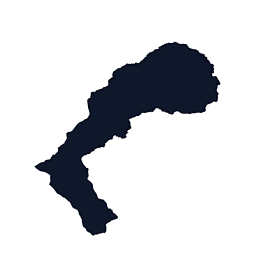 Carepa, Antioquia, Colombia (Mercator projection), rotated 130°
{"feature_id": "7082276B33450375559430", "entity_name": "Carepa", "entity_type": "district", "adm_level": 2, "iso_a3": "COL", "parent_name": "Colombia", "parent_adm1": "Antioquia", "projection": "mercator", "projection_center": [-76.684, 7.798], "detail": "fine", "context": "isolated", "style": "filled", "palette": "ink", "viewbox_px": 256, "rotation_deg": 130, "n_neighbors": 0, "source": "geoboundaries", "source_scale": "gbopen_adm2", "svg_char_len": 5842}
<svg xmlns="http://www.w3.org/2000/svg" viewBox="0 0 256 256"><g transform="rotate(130 128 128)"><path d="M216.9,174.1L217.2,172.3L216.8,168.0L215.9,166.1L215.1,165.0L214.1,162.6L213.4,157.7L213.5,156.6L215.7,155.2L216.4,154.2L218.6,152.4L221.2,151.7L221.5,146.3L223.0,140.0L222.1,137.2L222.1,133.3L221.3,131.3L221.7,126.3L221.2,125.1L223.7,119.5L223.6,118.1L222.5,114.3L223.3,111.9L225.0,109.6L226.1,106.3L226.7,105.7L226.9,104.3L228.8,102.7L231.5,99.1L231.8,98.3L231.4,97.6L231.5,95.7L232.7,93.3L232.6,91.4L231.9,90.1L232.3,87.8L232.3,86.0L230.7,85.6L228.6,83.4L227.6,83.2L225.1,81.1L223.6,80.5L223.1,79.0L221.8,79.0L220.5,79.5L219.8,80.5L219.0,80.8L217.8,82.1L217.0,83.6L216.7,83.7L214.2,83.4L212.2,82.8L211.2,82.0L209.8,82.2L204.4,78.9L203.6,78.8L203.1,79.2L202.8,82.4L203.0,85.4L202.5,86.6L201.8,87.1L202.1,87.8L201.7,89.3L202.0,89.8L203.6,90.0L203.7,90.4L202.8,91.6L202.4,93.3L200.2,96.0L199.4,100.5L200.2,101.5L200.3,102.3L201.4,104.3L201.6,105.5L201.4,106.6L199.5,109.9L198.9,111.5L198.6,113.4L197.0,116.6L194.4,119.3L193.9,122.5L194.2,125.4L194.0,126.5L192.4,127.6L190.4,128.0L187.3,131.4L185.6,132.1L185.2,132.9L186.0,133.9L186.2,134.7L185.5,136.1L185.5,138.0L185.0,139.0L184.7,140.4L182.8,143.8L181.7,144.7L180.4,145.1L178.9,145.2L178.0,144.7L176.7,144.8L176.2,144.0L175.4,143.5L174.2,143.2L171.9,141.3L169.2,141.4L167.7,140.2L167.0,140.1L166.2,140.4L165.0,140.3L161.7,138.7L161.3,138.0L160.2,138.2L160.0,137.9L160.2,137.7L159.8,137.7L159.9,137.2L159.4,137.3L159.1,137.0L159.1,136.7L158.7,136.6L158.1,134.9L157.8,134.7L155.9,135.2L155.1,136.6L153.0,135.9L150.7,135.8L148.9,135.4L148.0,134.9L147.0,134.1L146.7,133.5L143.7,134.7L142.1,134.4L139.9,132.1L140.0,131.7L141.1,131.9L141.2,131.6L140.3,130.9L140.5,129.5L139.7,129.0L139.5,128.3L138.8,127.6L139.4,126.6L139.1,125.7L136.8,124.1L136.4,124.2L137.2,124.8L137.0,125.1L133.9,126.1L132.2,125.9L132.5,126.6L132.1,127.1L130.3,127.1L129.8,127.7L129.5,127.7L128.3,126.6L127.9,127.3L127.2,127.3L126.9,126.7L126.5,127.2L126.5,126.2L126.2,126.2L126.1,126.7L125.6,126.9L125.5,127.7L124.1,128.9L123.7,129.9L123.1,129.9L123.2,130.6L122.6,130.7L122.2,131.4L122.2,132.7L121.1,133.2L121.2,133.5L120.9,133.9L119.5,133.2L118.8,133.2L118.6,133.0L118.9,132.9L118.1,132.2L116.2,131.5L114.7,130.4L112.8,129.7L112.4,129.2L111.8,129.2L111.7,128.4L111.1,128.2L111.2,128.8L110.6,128.9L110.2,128.0L109.7,128.2L109.2,127.7L108.8,128.2L108.0,128.0L107.5,127.5L106.4,127.4L105.5,125.7L103.2,123.7L101.7,123.2L101.6,122.6L100.8,121.4L99.6,121.1L99.5,120.2L98.8,120.3L98.8,120.0L98.4,120.0L97.7,120.5L97.1,120.0L94.0,120.1L93.6,119.5L93.6,118.7L92.5,118.0L92.7,116.0L91.7,114.7L92.3,114.0L92.6,112.4L91.4,111.5L91.3,109.8L90.8,109.0L90.2,108.8L90.1,108.2L90.4,107.9L90.0,107.4L90.3,106.6L89.7,106.2L89.8,105.3L89.2,104.4L89.0,103.5L87.6,103.0L86.6,103.4L85.9,103.4L83.3,102.0L82.0,99.8L82.1,98.5L81.4,95.8L80.8,95.4L79.4,93.4L78.3,92.4L77.1,90.2L74.4,88.4L73.6,87.2L70.5,84.7L68.8,82.0L67.2,81.4L65.9,80.3L65.0,80.6L64.5,80.5L64.1,81.6L63.0,82.3L60.3,83.0L58.7,83.0L54.9,80.7L51.6,79.9L51.3,79.4L51.3,78.3L50.9,77.7L50.1,77.6L49.4,77.8L46.2,80.2L45.5,81.0L44.2,81.1L43.8,81.3L43.8,83.4L42.1,85.3L40.0,85.9L39.0,87.0L37.6,87.3L36.4,88.4L35.9,88.3L36.1,86.5L35.7,86.2L35.0,86.4L33.9,88.9L33.6,90.6L32.4,92.9L32.6,93.9L35.0,96.0L34.0,98.1L32.9,99.0L32.3,100.1L31.4,100.4L31.1,100.3L31.2,98.8L30.8,98.5L30.2,98.6L29.5,100.2L28.3,100.2L27.8,100.6L28.3,101.7L28.1,102.3L26.7,102.1L26.0,102.8L25.6,102.8L25.4,103.0L25.3,104.1L26.2,104.7L25.9,105.2L26.4,106.7L26.2,107.4L25.4,107.8L25.0,110.0L25.8,110.9L26.2,111.7L26.0,111.9L24.9,111.8L23.8,113.0L23.9,113.5L25.0,113.6L24.4,114.3L24.4,115.9L23.3,116.6L23.7,117.6L24.1,117.8L23.8,118.1L24.2,118.3L24.1,118.7L24.5,119.2L25.0,119.4L24.7,120.6L25.4,121.2L24.4,123.7L24.5,123.9L24.9,123.7L25.2,124.4L24.6,125.4L24.8,126.1L25.4,126.2L25.3,127.0L26.1,127.9L26.9,129.8L28.1,131.4L28.0,131.8L27.6,131.9L28.2,133.3L27.4,134.7L27.0,137.2L28.1,138.3L28.7,139.7L30.0,140.5L30.2,141.2L30.9,141.8L31.0,142.6L31.7,143.6L31.6,145.3L32.2,146.0L32.5,147.2L33.3,147.1L35.0,148.4L35.7,148.6L36.1,149.6L36.8,150.0L36.8,150.7L37.3,151.4L38.6,151.9L39.0,152.5L40.2,153.0L40.5,153.4L41.8,153.3L42.6,154.4L43.7,154.3L46.2,155.7L47.0,154.8L48.4,154.9L49.6,156.1L50.1,156.2L50.4,157.0L51.4,157.4L52.6,156.9L53.1,157.3L54.2,157.6L54.4,158.0L56.0,158.7L56.7,159.5L57.8,159.0L58.6,159.7L58.8,159.3L60.0,159.8L60.7,159.7L61.3,159.0L61.8,158.9L62.3,159.0L62.6,159.4L62.7,158.9L63.5,159.5L65.5,159.9L66.6,159.4L67.8,160.3L68.2,160.1L69.2,160.2L69.7,160.7L70.7,160.4L71.4,160.5L73.2,162.4L73.0,162.8L73.4,162.9L73.6,163.6L75.4,163.6L75.8,163.9L75.7,164.5L76.1,164.5L76.5,165.0L76.6,166.0L78.0,166.5L78.4,167.7L79.5,168.4L79.7,169.7L81.7,170.0L82.3,169.9L82.6,170.3L83.6,170.4L83.7,170.9L85.2,171.6L86.7,171.4L87.4,171.7L88.6,173.1L89.7,173.6L91.8,174.0L94.0,174.7L94.7,174.7L95.1,174.3L96.4,174.0L96.4,173.4L97.6,173.0L97.8,172.2L99.0,171.3L99.7,171.4L99.8,172.1L100.8,172.5L101.3,172.0L102.6,172.9L104.3,172.9L105.4,171.6L106.0,171.4L106.8,170.2L107.2,170.3L108.0,169.9L111.9,171.2L112.5,172.2L115.4,172.7L116.6,174.0L117.2,173.9L118.3,174.8L119.0,174.7L119.8,175.8L120.0,175.8L120.4,175.2L120.9,175.2L121.7,176.1L122.7,176.3L123.1,177.4L124.4,178.4L125.3,178.0L126.4,176.5L127.2,176.9L127.8,176.5L128.4,175.2L131.1,176.5L132.7,176.4L138.1,170.5L138.9,168.9L141.1,166.1L142.4,165.4L146.5,164.7L148.1,165.1L149.4,166.0L152.0,166.5L155.2,168.2L158.3,168.6L166.0,168.2L168.9,169.2L169.4,170.3L169.9,170.6L171.6,171.0L173.2,169.4L174.4,167.8L175.8,167.2L179.4,166.8L180.4,166.1L181.1,166.1L182.0,166.8L183.4,167.0L184.9,167.6L186.9,167.7L187.7,168.2L188.2,168.1L188.9,167.0L191.2,165.8L193.9,166.2L196.3,166.2L197.1,167.7L197.7,167.6L198.4,167.1L199.9,167.4L202.0,166.6L205.8,169.8L207.6,169.7L208.4,170.0L211.2,172.2L215.4,173.4L216.9,174.1Z" fill="#0f172a" stroke="#020617" stroke-width="1.5"/></g></svg>